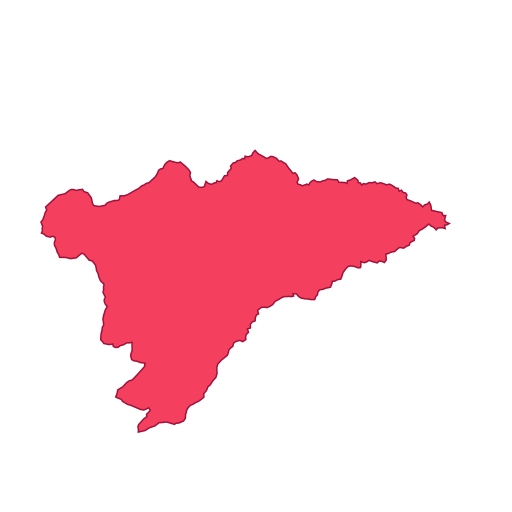 the district of Guarani de Goiás, Goiás, Brazil, rotated 159°
{"feature_id": "56859067B43710707845726", "entity_name": "Guarani de Goiás", "entity_type": "district", "adm_level": 2, "iso_a3": "BRA", "parent_name": "Brazil", "parent_adm1": "Goiás", "projection": "albers", "projection_center": [-46.452, -13.879], "detail": "fine", "context": "isolated", "style": "filled", "palette": "rose", "viewbox_px": 512, "rotation_deg": 159, "n_neighbors": 0, "source": "geoboundaries", "source_scale": "gbopen_adm2", "svg_char_len": 5086}
<svg xmlns="http://www.w3.org/2000/svg" viewBox="0 0 512 512"><g transform="rotate(159 256 256)"><path d="M429.0,133.8L422.0,132.8L417.2,133.8L411.3,133.6L406.1,135.1L403.5,134.2L399.0,133.1L392.5,128.1L390.4,128.5L387.9,127.7L382.8,127.9L380.2,129.7L378.6,133.2L377.0,135.2L375.9,137.0L373.6,138.8L370.8,140.1L367.6,140.2L364.9,140.8L361.9,140.9L358.7,141.7L355.2,142.9L354.2,146.1L350.4,148.2L347.8,151.1L344.9,152.1L341.4,154.7L337.0,157.0L334.5,160.2L332.6,165.9L330.2,169.0L325.6,171.2L318.4,173.5L316.9,175.2L314.7,178.2L312.5,179.2L310.0,180.0L308.1,182.8L305.1,183.4L301.3,183.0L299.1,180.8L295.4,181.6L294.9,183.7L293.4,186.1L290.3,187.5L290.3,190.9L287.0,190.8L285.8,194.2L283.1,195.8L280.1,195.7L278.9,198.3L276.8,200.8L274.4,201.0L273.9,204.8L269.2,206.1L266.1,205.0L264.3,203.9L260.8,204.0L257.8,204.7L254.4,206.8L250.1,207.3L246.5,208.0L243.9,207.9L241.7,207.0L239.7,206.5L237.6,205.4L235.2,205.1L234.9,207.6L231.8,206.0L230.6,202.7L228.9,200.5L225.5,198.4L223.0,197.3L220.1,195.5L216.8,194.3L214.9,196.6L212.6,197.7L211.1,200.2L208.6,201.6L205.3,200.9L202.4,201.0L199.9,200.5L197.6,200.2L195.3,202.7L193.7,205.0L191.3,204.3L188.3,204.7L185.2,204.0L183.4,205.9L180.7,209.3L177.2,211.6L174.0,213.2L171.7,212.9L169.6,212.1L167.2,210.4L164.9,208.3L162.6,207.7L161.3,210.0L160.2,213.2L157.3,210.9L155.0,210.8L152.1,211.4L149.3,209.0L145.3,206.1L142.7,207.2L140.2,205.7L138.5,203.9L135.9,205.5L134.9,208.3L134.2,211.2L131.7,210.9L128.7,211.2L124.8,210.5L121.4,211.9L118.8,212.5L115.3,210.4L111.9,211.2L109.0,211.2L107.7,213.1L105.5,213.6L102.7,213.8L101.6,215.6L102.2,218.2L97.8,218.9L94.4,221.2L91.8,221.4L88.5,222.1L83.0,223.9L81.8,221.1L79.8,219.2L78.4,215.8L76.3,217.0L72.0,215.7L69.6,213.8L69.0,217.1L66.4,216.7L63.9,217.1L66.6,219.7L67.1,222.0L65.8,223.9L64.4,225.8L66.8,226.6L66.9,229.9L71.3,232.7L73.5,234.3L75.7,235.5L74.6,241.0L75.0,244.3L77.1,243.1L80.1,243.3L82.7,242.1L83.8,244.7L85.7,247.6L87.9,248.0L90.0,250.1L91.9,252.1L95.0,254.7L94.7,257.0L93.2,258.9L93.8,261.3L95.8,262.5L96.6,265.3L99.1,265.2L99.0,268.3L100.8,269.0L102.0,270.8L103.6,273.1L105.5,275.2L108.9,275.8L110.7,277.6L113.5,279.8L117.1,280.2L118.4,282.6L121.1,282.7L124.2,284.0L127.5,283.7L129.8,285.1L131.9,284.3L132.3,286.7L134.2,287.9L133.7,290.0L134.7,291.9L135.8,293.9L140.7,293.1L143.6,293.5L145.1,291.2L146.6,292.7L149.8,294.1L152.3,295.1L152.7,298.0L155.3,299.1L158.0,300.4L161.5,302.3L164.7,301.8L166.7,302.3L169.3,302.0L172.8,303.7L174.7,306.2L177.2,305.9L179.5,305.0L181.3,303.4L182.7,304.9L187.5,304.9L189.2,306.8L190.9,307.8L191.4,310.0L188.6,312.6L188.7,317.1L189.8,319.8L191.9,319.9L192.9,323.1L194.0,326.3L194.7,329.3L195.2,331.5L196.7,333.2L198.6,335.8L200.6,336.3L201.8,339.7L204.7,342.8L206.5,343.7L209.4,343.2L211.5,343.4L213.3,346.0L216.9,350.1L217.9,351.9L219.0,354.9L221.7,353.6L224.2,351.3L227.9,351.4L230.4,353.1L231.7,350.9L233.6,351.9L236.1,351.2L239.6,351.6L241.7,350.6L243.7,351.1L247.6,349.1L247.5,346.8L250.7,345.1L252.5,344.2L253.8,341.4L256.7,342.2L261.2,338.6L263.8,338.6L265.5,340.3L267.0,338.7L268.9,339.2L271.9,338.8L274.6,341.0L276.0,343.5L278.1,340.9L279.4,339.2L282.2,339.5L284.9,341.0L285.8,343.2L287.9,347.6L289.3,349.3L289.1,351.5L289.1,354.5L287.2,357.5L287.9,360.7L289.7,364.9L293.0,370.9L295.5,371.0L297.4,372.1L302.6,376.0L305.8,375.4L308.5,374.0L311.6,371.1L314.0,371.5L316.1,371.0L318.4,368.5L321.6,366.0L324.7,364.8L329.7,362.8L332.5,363.1L335.1,362.5L337.7,362.4L341.3,361.1L346.2,360.5L349.2,360.0L353.6,359.3L357.5,359.4L361.3,360.9L363.4,357.6L365.6,357.5L368.4,358.6L374.4,359.0L376.8,358.6L378.7,357.4L384.5,358.4L389.2,361.0L389.8,363.1L388.9,369.5L390.5,375.4L393.6,377.8L394.1,380.4L397.2,381.2L400.4,381.7L402.5,383.4L404.5,384.3L406.9,384.1L412.0,382.6L416.5,383.2L418.9,383.6L434.9,377.1L434.9,374.0L437.4,371.9L439.1,369.6L441.9,366.4L444.6,364.7L444.6,360.0L445.8,358.3L446.4,356.0L448.1,354.3L446.4,352.8L444.4,349.4L441.2,347.3L438.9,347.5L436.9,345.3L437.5,343.0L439.3,341.1L440.3,338.4L439.9,334.3L440.2,331.0L439.7,327.9L439.8,325.1L436.1,323.6L433.6,322.5L430.1,320.0L424.6,318.7L417.6,321.0L415.8,319.3L413.2,311.8L410.7,310.1L410.0,307.9L409.1,305.0L409.5,302.1L410.1,299.5L409.7,296.2L410.2,292.8L410.1,288.7L408.0,284.0L409.5,281.7L410.3,279.3L411.9,276.8L411.6,273.8L411.3,271.5L413.1,270.0L414.0,267.9L413.9,264.7L412.9,262.2L415.8,259.9L419.6,255.1L421.6,251.8L422.2,248.7L423.0,246.1L425.1,244.4L426.4,241.9L428.6,238.7L429.9,235.9L431.0,233.4L429.9,231.0L429.4,228.8L427.6,227.7L424.8,225.9L421.3,225.2L421.6,222.7L419.9,220.9L417.4,220.2L414.8,221.0L411.7,220.6L407.7,221.2L404.8,220.1L402.6,219.8L403.5,217.7L405.6,212.0L407.8,209.5L408.8,207.6L409.2,204.0L407.8,202.1L405.0,200.5L402.2,198.0L398.0,195.7L399.9,192.6L410.5,187.2L416.1,184.6L419.0,184.9L422.1,184.2L427.3,181.6L433.0,180.6L435.1,177.3L437.5,174.7L435.8,172.8L433.1,170.5L432.7,168.1L428.8,163.2L427.1,162.1L424.0,159.2L419.1,154.4L416.1,152.5L414.0,152.4L410.6,152.7L409.9,150.0L412.4,148.5L414.9,147.5L415.5,145.1L418.8,144.3L422.6,142.4L426.1,140.6L427.4,139.0L427.9,136.3L429.0,133.8Z" fill="#f43f5e" stroke="#9f1239" stroke-width="1.5"/></g></svg>